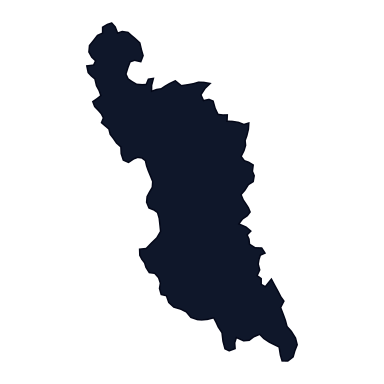 Itaú de Minas, Minas Gerais, Brazil
{"feature_id": "56859067B38132611717867", "entity_name": "Itaú de Minas", "entity_type": "district", "adm_level": 2, "iso_a3": "BRA", "parent_name": "Brazil", "parent_adm1": "Minas Gerais", "projection": "robinson", "projection_center": [-46.774, -20.734], "detail": "fine", "context": "isolated", "style": "filled", "palette": "ink", "viewbox_px": 384, "rotation_deg": 0, "n_neighbors": 0, "source": "geoboundaries", "source_scale": "gbopen_adm2", "svg_char_len": 2434}
<svg xmlns="http://www.w3.org/2000/svg" viewBox="0 0 384 384"><path d="M94.7,106.6L98.2,110.2L101.3,113.7L103.4,117.9L101.5,122.7L105.0,125.7L108.9,129.0L110.2,134.3L113.3,138.3L116.6,143.1L120.9,146.9L121.2,153.7L123.3,160.1L128.5,162.4L133.7,158.9L137.6,157.4L141.8,157.9L145.4,160.6L146.6,165.9L148.3,170.7L150.7,176.5L152.7,181.5L152.3,187.3L149.2,192.6L147.1,196.6L146.6,202.2L149.0,208.0L154.0,210.0L157.5,212.5L159.2,218.3L159.9,224.6L160.6,231.4L156.8,237.9L151.8,242.7L146.2,248.5L139.6,249.2L139.8,255.3L141.9,259.3L144.6,262.8L146.0,267.4L149.3,272.6L154.7,273.3L158.6,277.7L160.4,283.2L159.5,288.4L161.2,294.5L166.4,295.7L168.8,302.5L173.8,307.1L180.6,309.1L186.3,311.9L190.9,317.4L197.4,319.6L201.7,319.9L207.4,319.4L213.7,317.8L216.1,322.3L218.3,327.1L222.0,332.7L223.0,341.3L225.0,348.8L229.2,350.8L235.1,348.6L234.7,342.8L236.4,337.5L243.6,340.8L249.2,340.3L253.6,336.9L259.7,334.3L263.8,338.5L269.5,342.3L275.0,345.0L279.1,347.0L280.4,355.1L282.1,360.9L287.8,361.0L293.1,356.9L294.8,350.9L297.2,344.8L295.5,338.0L291.3,331.3L287.0,326.5L285.4,320.4L283.5,315.1L280.6,307.5L283.9,301.1L280.8,296.8L278.2,291.7L274.8,285.5L271.4,279.1L268.5,282.7L265.3,286.7L261.2,284.4L261.2,278.6L257.1,275.7L259.7,269.9L258.2,264.1L258.9,259.7L260.3,255.2L265.0,253.1L261.7,248.0L255.1,247.8L249.5,244.2L249.0,239.1L247.1,234.9L250.8,231.1L246.1,227.1L238.8,223.9L242.5,219.0L247.3,215.7L250.1,212.0L248.4,207.8L246.1,204.2L243.2,199.9L241.0,194.6L244.7,190.4L248.4,184.6L253.2,181.6L254.2,175.7L252.4,171.3L253.2,165.0L248.6,162.2L244.3,160.7L241.1,156.4L244.0,150.6L245.6,145.3L245.1,140.5L246.8,135.8L248.4,129.2L248.8,123.0L243.9,124.5L238.6,122.4L232.3,121.4L227.0,121.2L227.3,114.9L222.9,115.0L218.0,114.4L215.1,108.3L213.1,101.1L209.0,99.4L203.5,100.6L200.9,94.8L205.1,88.3L210.1,83.5L203.9,82.4L198.5,82.2L193.5,83.7L188.0,84.7L181.3,85.7L175.3,80.8L169.3,83.7L164.9,86.3L161.2,88.8L156.6,89.5L151.6,91.3L151.6,85.3L153.4,78.4L148.4,79.2L146.2,84.5L142.2,84.7L136.6,84.3L132.0,81.6L128.1,78.9L125.9,74.1L127.9,67.6L130.1,61.8L134.6,60.3L140.8,61.7L143.1,55.6L141.4,49.7L139.8,42.9L134.6,38.1L131.1,35.2L128.0,32.4L122.2,31.5L117.6,33.1L115.2,26.9L111.7,23.0L107.4,24.4L102.6,27.2L102.6,33.1L97.5,35.4L93.0,41.2L89.5,45.5L88.9,52.0L91.8,57.2L95.6,60.8L93.6,65.1L86.8,65.9L88.2,72.6L91.4,76.0L94.9,78.9L96.5,85.7L99.1,90.5L100.9,95.6L96.9,98.8L92.8,101.6L94.7,106.6Z" fill="#0f172a" stroke="#020617" stroke-width="1.5"/></svg>